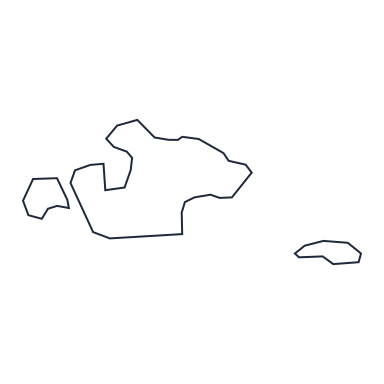 Aland, Equal Earth projection
{"feature_id": "ALA", "entity_name": "Aland", "entity_type": "country or territory", "adm_level": 0, "iso_a3": "ALA", "parent_name": "Europe", "parent_adm1": "", "projection": "equal_earth", "projection_center": [19.994, 60.209], "detail": "fine", "context": "isolated", "style": "outline", "palette": "slate", "viewbox_px": 384, "rotation_deg": 0, "n_neighbors": 0, "source": "natural_earth", "source_scale": "50m", "svg_char_len": 739}
<svg xmlns="http://www.w3.org/2000/svg" viewBox="0 0 384 384"><path d="M168.5,139.8L177.9,139.9L182.2,136.8L198.7,139.0L223.5,153.1L228.6,160.8L245.7,164.7L251.7,172.6L231.9,197.4L219.6,197.9L210.5,194.7L194.4,197.4L184.9,202.1L181.7,212.5L182.2,234.1L109.8,238.4L93.1,232.1L70.5,183.0L75.0,170.3L90.3,164.9L103.5,163.8L105.3,190.2L124.6,187.5L130.7,170.1L132.1,157.9L126.9,151.7L113.8,146.9L106.2,138.7L117.1,125.6L137.3,119.9L154.6,137.5L168.5,139.8ZM67.3,199.8L68.9,208.0L57.1,205.9L48.0,208.7L41.8,218.8L28.4,215.2L23.0,200.7L33.1,179.0L57.0,178.2L67.3,199.8ZM361.0,253.5L358.6,262.2L333.3,264.1L322.6,256.4L299.0,257.3L294.9,253.5L304.7,245.7L323.4,240.9L347.8,242.8L361.0,253.5Z" fill="none" stroke="#1e293b" stroke-width="2"/></svg>